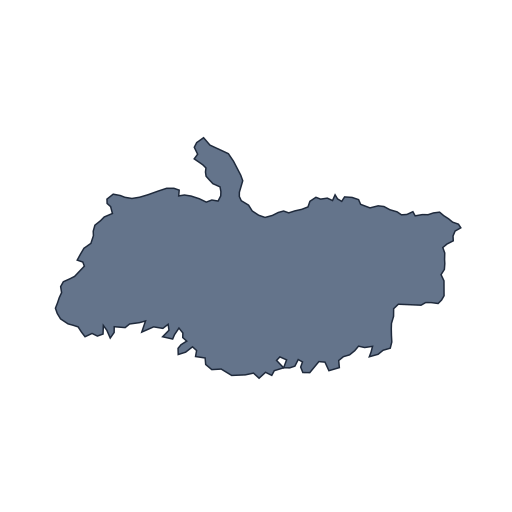 the district of Saldanha Marinho, Rio Grande do Sul, Brazil, rotated 260°
{"feature_id": "56859067B4805351166709", "entity_name": "Saldanha Marinho", "entity_type": "district", "adm_level": 2, "iso_a3": "BRA", "parent_name": "Brazil", "parent_adm1": "Rio Grande do Sul", "projection": "equal_earth", "projection_center": [-53.092, -28.388], "detail": "fine", "context": "isolated", "style": "filled", "palette": "slate", "viewbox_px": 512, "rotation_deg": 260, "n_neighbors": 0, "source": "geoboundaries", "source_scale": "gbopen_adm2", "svg_char_len": 2650}
<svg xmlns="http://www.w3.org/2000/svg" viewBox="0 0 512 512"><g transform="rotate(260 256 256)"><path d="M204.7,85.9L205.7,91.8L214.1,93.6L208.8,96.2L200.5,98.2L205.3,103.0L211.0,104.1L208.2,114.7L211.0,119.7L210.6,129.7L211.2,135.9L200.9,130.3L204.0,142.9L200.9,151.7L204.0,157.6L198.0,157.4L192.7,150.0L188.7,159.5L192.7,162.1L198.4,167.6L192.9,170.6L188.4,169.7L184.2,173.0L181.7,166.8L178.6,163.2L172.5,162.3L173.5,170.0L177.6,177.7L173.2,181.1L167.5,179.0L164.4,188.2L157.9,187.6L151.8,192.7L150.7,202.1L142.6,211.3L140.8,224.9L141.1,233.2L135.1,237.8L139.8,245.2L135.7,250.8L139.9,254.1L141.1,263.8L140.0,269.9L140.8,275.2L146.7,279.6L143.6,283.4L138.8,280.7L133.1,281.9L131.8,288.7L141.1,299.6L139.5,305.5L130.4,307.9L131.6,318.7L138.7,319.3L141.7,324.6L142.4,331.0L145.6,336.8L149.4,341.3L147.0,347.1L146.8,355.1L141.5,352.7L137.1,350.1L138.0,359.2L141.1,364.8L141.9,372.2L147.7,374.8L154.3,375.6L160.8,376.6L166.1,377.7L172.7,381.0L180.2,382.4L183.8,387.8L181.7,397.4L178.9,410.0L180.7,415.0L179.6,420.8L177.6,427.1L180.4,431.1L184.2,434.3L188.4,435.0L198.9,436.8L205.5,435.0L210.1,439.2L215.7,440.6L219.8,441.1L226.2,442.4L231.9,441.4L234.6,446.1L236.7,452.9L241.5,453.5L246.0,456.4L248.2,462.6L252.2,460.9L255.2,455.5L259.2,452.1L263.1,447.9L267.3,444.4L267.6,438.2L266.8,432.6L267.9,427.0L267.9,419.7L272.4,418.2L270.7,411.8L271.3,406.4L275.0,402.6L278.3,395.9L282.5,390.6L284.2,385.0L283.6,376.6L288.7,368.0L293.7,366.8L297.0,360.8L298.8,353.5L294.9,349.9L298.1,346.2L302.5,344.5L297.3,341.0L300.6,336.3L300.8,329.5L303.4,325.2L300.5,318.6L295.3,315.7L294.0,309.2L293.7,302.3L292.8,295.7L295.5,291.0L295.0,285.5L293.1,279.2L292.4,271.6L295.7,265.7L301.0,260.1L307.4,257.5L313.0,251.1L317.5,249.9L321.7,250.7L332.4,256.0L338.2,255.0L353.2,250.3L361.5,246.6L373.2,229.9L381.6,224.9L378.0,217.3L373.8,214.1L366.4,216.2L362.4,212.0L355.1,219.4L351.4,222.0L347.4,220.8L343.2,220.7L339.3,223.1L334.7,226.1L330.3,232.6L325.4,232.6L321.3,231.7L316.7,228.2L318.8,222.2L317.7,216.4L322.3,210.0L326.3,202.5L328.5,196.1L328.6,190.3L334.2,191.8L336.9,187.0L338.2,179.7L336.9,170.8L335.1,160.3L334.1,151.7L334.2,143.8L336.6,137.0L339.1,132.9L341.7,126.1L337.9,119.1L333.6,118.5L329.9,121.4L322.8,122.0L320.8,113.3L317.8,109.1L314.3,102.7L308.7,100.0L304.2,99.4L297.1,95.6L293.5,87.9L288.0,83.2L283.0,79.2L280.1,84.4L275.8,85.2L271.1,78.8L267.4,73.8L265.8,68.5L264.1,61.8L259.8,58.3L253.7,58.2L249.1,55.0L244.3,52.4L239.4,49.4L233.9,50.3L228.0,52.6L221.8,59.1L219.6,63.8L217.1,68.5L211.4,70.9L206.2,73.6L208.2,81.1L204.7,85.9ZM141.1,263.8L149.6,258.1L152.5,262.0L148.4,268.1L141.1,263.8Z" fill="#64748b" stroke="#1e293b" stroke-width="1.5"/></g></svg>